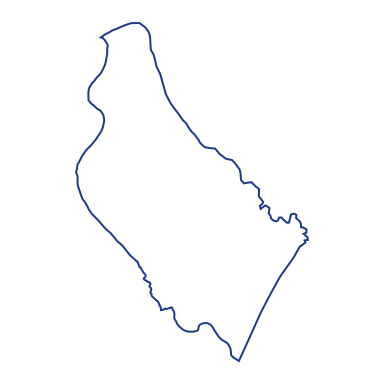 Ese Odo, Ondo, Nigeria
{"feature_id": "59680162B74748273614391", "entity_name": "Ese Odo", "entity_type": "district", "adm_level": 2, "iso_a3": "NGA", "parent_name": "Nigeria", "parent_adm1": "Ondo", "projection": "mercator", "projection_center": [4.962, 6.236], "detail": "fine", "context": "isolated", "style": "outline", "palette": "blue", "viewbox_px": 384, "rotation_deg": 0, "n_neighbors": 0, "source": "geoboundaries", "source_scale": "gbopen_adm2", "svg_char_len": 3392}
<svg xmlns="http://www.w3.org/2000/svg" viewBox="0 0 384 384"><path d="M238.9,361.0L243.5,350.9L250.9,334.6L260.9,312.4L266.6,301.4L273.3,288.8L280.1,276.6L293.7,257.4L299.7,246.7L305.4,242.6L304.6,240.4L307.9,239.8L307.5,237.3L303.6,233.8L306.4,232.7L306.5,229.4L304.5,228.2L303.0,227.6L301.0,227.1L301.0,223.9L299.8,221.5L296.2,218.2L296.3,214.7L294.4,213.8L292.6,213.9L291.0,214.5L289.8,219.3L289.0,222.6L286.8,222.7L282.9,219.2L281.6,217.5L279.1,217.5L277.9,220.6L276.1,221.4L273.5,220.5L271.0,218.4L270.5,215.9L268.7,213.2L269.5,208.1L268.0,206.9L265.4,205.4L260.7,208.9L259.9,205.7L262.5,203.8L263.1,201.9L260.9,198.8L259.3,197.1L258.7,195.4L259.0,192.6L259.0,189.0L256.0,186.7L253.6,184.4L251.5,182.2L249.3,182.5L246.9,182.8L243.9,183.4L241.0,179.9L240.5,173.1L239.9,170.6L239.7,169.6L234.4,162.4L231.9,160.0L229.9,159.6L225.8,158.7L219.6,154.0L215.2,148.6L211.3,148.3L205.2,147.3L203.5,146.2L202.1,144.8L200.0,142.7L198.5,139.9L196.4,137.1L195.7,136.0L195.0,135.0L191.4,131.5L187.9,126.5L186.5,123.7L182.9,120.2L181.5,118.1L178.0,113.2L175.8,110.4L173.7,107.6L170.2,102.6L165.9,94.2L162.8,83.3L160.1,73.8L157.9,69.4L157.3,68.1L156.6,66.7L155.7,63.0L155.1,60.4L153.7,54.7L153.2,53.9L150.8,49.8L150.8,48.9L150.4,43.4L150.1,37.1L149.5,34.5L149.3,33.6L147.9,30.8L145.1,27.2L139.4,23.0L134.5,23.1L131.7,23.1L129.2,23.8L127.6,24.3L126.8,24.5L119.7,27.4L116.9,28.8L112.7,30.2L109.2,32.4L105.0,34.5L100.8,37.4L102.9,38.1L104.3,39.5L107.1,43.7L107.8,45.8L107.2,48.6L107.2,51.5L107.2,52.9L107.2,53.6L106.5,57.7L105.9,61.3L105.2,64.1L103.8,67.6L103.1,69.0L101.7,71.9L99.6,74.7L98.2,76.1L96.8,77.5L94.7,80.4L92.6,82.5L89.8,86.8L89.1,88.2L88.4,91.7L88.4,95.2L88.5,100.2L91.3,103.7L93.4,105.1L94.8,106.5L97.0,108.6L100.5,110.7L103.3,114.9L104.1,119.2L104.1,121.3L103.4,124.8L102.7,127.6L101.3,131.2L97.1,137.6L96.3,138.8L95.7,139.8L94.3,141.2L92.2,144.0L89.4,146.9L86.6,149.7L84.5,152.5L82.4,155.4L81.0,158.2L79.6,161.0L77.5,164.6L76.8,169.5L76.3,171.7L76.1,172.3L76.9,174.4L77.6,176.6L77.6,180.8L77.6,184.3L78.3,187.1L79.8,191.4L81.2,195.6L82.6,199.1L84.8,201.9L86.9,205.4L89.0,209.7L91.9,213.9L97.5,219.5L101.8,224.4L106.0,229.3L110.3,232.8L114.5,237.7L117.4,241.3L122.3,245.5L127.3,251.8L130.1,255.3L137.9,262.3L139.5,267.2L140.1,267.2L140.6,267.6L141.7,269.8L143.6,272.7L145.3,274.6L145.7,275.6L145.6,276.4L145.3,277.1L144.4,277.8L143.9,278.3L143.8,278.8L144.5,279.8L145.5,280.4L146.3,280.7L147.1,281.2L148.0,282.1L148.8,282.2L149.8,282.5L150.3,283.1L150.4,284.2L150.2,284.7L149.5,285.7L149.4,286.2L149.7,286.9L151.0,288.1L151.3,289.3L151.1,290.3L150.7,291.5L150.4,292.1L150.5,293.0L151.5,293.8L151.5,295.3L152.0,296.4L153.2,297.4L154.4,298.5L158.1,301.7L159.1,303.9L159.5,304.5L159.4,305.2L159.5,305.5L159.9,305.7L160.4,306.7L160.8,308.2L161.1,309.3L161.0,310.1L161.7,310.2L163.0,309.8L164.1,309.1L165.3,308.7L165.9,309.0L166.4,309.1L171.1,307.4L171.8,307.4L172.6,309.4L173.8,311.5L174.5,313.8L174.2,317.8L174.5,318.8L175.2,320.0L176.3,321.8L177.0,323.6L178.0,325.0L180.2,327.4L183.0,329.6L185.7,331.0L187.2,331.4L190.0,331.7L193.1,331.7L196.8,330.9L197.9,330.0L198.3,328.7L198.7,326.5L199.2,325.5L200.2,324.5L202.0,323.7L203.8,323.2L205.7,323.0L207.5,323.2L210.0,324.3L211.1,325.2L212.8,327.4L214.3,330.2L217.2,334.5L219.2,337.3L221.6,339.7L225.2,341.8L226.8,342.8L228.2,344.4L230.4,348.4L230.8,351.0L231.1,355.0L233.1,357.3L238.9,361.0Z" fill="none" stroke="#1e3a8a" stroke-width="2"/></svg>